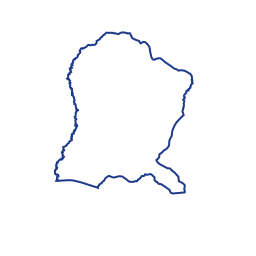 outline of Sameakki Mean Chey, Kâmpóng Chhnang, Cambodia, rotated 121°
{"feature_id": "14789045B48917657678011", "entity_name": "Sameakki Mean Chey", "entity_type": "district", "adm_level": 2, "iso_a3": "KHM", "parent_name": "Cambodia", "parent_adm1": "Kâmpóng Chhnang", "projection": "albers", "projection_center": [104.566, 11.892], "detail": "fine", "context": "isolated", "style": "outline", "palette": "blue", "viewbox_px": 256, "rotation_deg": 121, "n_neighbors": 0, "source": "geoboundaries", "source_scale": "gbopen_adm2", "svg_char_len": 5866}
<svg xmlns="http://www.w3.org/2000/svg" viewBox="0 0 256 256"><g transform="rotate(121 128 128)"><path d="M154.0,46.2L152.4,47.1L151.6,48.2L148.0,49.7L147.4,51.0L147.1,53.3L147.4,57.0L143.8,59.7L142.1,65.5L142.1,66.0L142.0,67.3L141.1,71.3L142.2,73.5L142.6,81.8L142.5,83.9L142.2,84.8L141.1,87.0L140.7,87.2L139.3,86.6L137.4,86.2L136.4,86.5L134.3,87.5L131.8,86.3L129.2,85.8L126.5,84.4L125.3,84.0L123.1,83.8L121.4,84.0L117.7,86.0L114.9,86.4L112.8,86.4L111.0,87.0L109.0,88.0L106.4,88.8L101.4,89.4L98.2,89.3L94.6,88.6L89.9,87.5L88.4,86.9L87.1,88.1L86.0,89.7L84.9,90.2L83.9,90.2L82.7,91.0L82.2,90.8L81.1,91.3L80.1,91.5L78.4,92.8L75.9,93.6L75.7,93.9L75.4,95.2L74.8,94.9L73.6,95.0L73.3,94.8L72.7,95.0L72.6,95.5L72.2,95.5L71.8,96.5L70.9,96.8L69.3,96.6L67.9,96.1L67.0,96.8L66.5,97.0L65.4,96.4L64.7,95.4L64.2,95.6L64.1,96.2L63.1,96.0L62.5,95.5L61.7,95.6L61.4,95.3L60.9,95.4L60.5,95.8L59.6,95.9L59.0,96.2L56.6,95.7L56.5,96.3L55.6,96.4L55.3,97.1L55.0,97.2L54.6,97.2L54.1,97.8L53.8,97.7L53.6,98.4L52.9,98.4L50.5,100.2L50.2,101.4L49.5,102.3L49.4,102.9L49.7,103.8L49.6,106.0L49.7,108.4L49.9,109.3L51.2,112.4L51.7,113.1L52.8,114.1L52.8,114.8L52.6,116.2L53.2,118.8L53.2,119.7L52.8,123.1L52.5,129.6L51.8,133.6L51.6,136.3L52.2,137.3L52.9,138.2L54.3,139.5L56.0,140.7L56.4,141.4L56.3,142.4L56.1,142.8L55.6,143.8L54.9,144.8L50.6,148.8L47.9,151.0L47.1,152.1L46.0,155.2L45.7,156.5L45.7,157.9L46.2,159.1L47.8,160.1L48.8,160.6L48.8,161.6L47.9,162.7L47.8,163.1L47.8,164.0L48.2,164.9L48.2,166.0L48.4,166.9L48.6,167.3L48.6,169.0L48.8,170.5L48.2,171.4L48.0,172.1L47.0,173.0L46.9,173.8L46.3,174.4L45.8,175.2L46.1,175.8L47.2,176.9L47.1,177.6L47.5,178.1L47.6,179.4L49.1,182.3L50.6,183.6L52.4,184.6L53.1,186.3L53.3,187.7L54.1,188.5L54.2,190.0L54.7,190.4L55.3,192.1L56.6,193.7L56.9,194.8L57.3,195.5L57.9,195.8L59.9,196.2L60.6,196.7L61.0,196.9L63.7,197.4L64.4,197.9L65.8,197.8L66.2,198.1L66.8,198.0L68.6,199.2L68.9,199.2L69.7,199.7L70.6,199.0L71.3,198.8L72.4,198.8L73.3,199.2L73.8,199.3L74.3,199.9L75.3,201.9L76.1,202.4L76.5,202.9L77.1,204.7L77.5,205.0L79.0,205.3L80.2,205.7L81.0,206.3L81.7,206.5L82.3,207.2L83.4,207.7L83.3,208.6L84.2,209.3L85.2,209.1L86.6,209.2L87.3,208.0L87.7,207.9L88.3,207.8L89.7,208.3L90.8,208.2L91.2,208.6L91.7,208.5L92.6,208.0L93.6,207.9L95.3,209.0L96.3,208.7L96.7,209.5L97.0,209.7L98.4,209.8L98.9,209.6L99.2,209.2L100.1,209.3L100.3,208.9L100.7,208.7L101.2,208.7L102.0,208.4L102.2,208.7L102.1,208.9L102.2,209.2L102.7,209.1L102.7,208.4L103.0,207.9L103.5,208.3L104.0,208.3L104.3,208.5L104.7,208.4L104.9,208.1L105.2,208.0L105.4,207.7L105.4,207.0L106.6,207.3L106.8,207.7L106.9,208.5L107.2,208.5L107.8,207.7L108.4,207.2L108.7,206.8L108.7,206.0L109.3,205.4L110.0,205.8L110.2,206.1L111.0,206.5L111.6,206.1L111.9,205.8L112.2,206.0L112.2,206.6L112.6,206.7L113.6,206.6L114.5,205.8L115.6,205.4L116.3,204.7L116.7,204.9L116.8,205.5L117.1,205.6L117.2,204.7L116.6,204.0L116.6,203.3L117.5,202.7L117.7,202.3L117.6,201.9L119.4,201.4L119.8,201.2L119.3,200.5L120.1,200.2L121.2,199.4L122.3,199.2L123.2,198.0L122.9,197.1L123.1,196.7L123.4,196.6L123.7,196.6L123.6,195.9L125.8,194.6L126.8,194.3L127.0,194.1L126.6,193.5L126.8,193.2L127.3,193.5L128.6,193.1L128.8,192.7L128.5,191.8L129.2,191.0L129.6,190.0L130.3,189.8L131.4,188.3L132.0,188.0L132.8,188.1L133.3,188.0L133.4,187.6L133.8,187.1L134.9,186.5L134.5,185.9L134.8,185.2L135.3,184.9L135.7,184.3L136.3,184.0L137.5,182.9L137.7,182.5L138.4,182.2L138.5,182.0L138.3,181.1L138.3,180.3L138.6,180.0L139.7,181.0L140.0,180.7L140.6,180.5L141.4,180.8L141.8,180.7L142.5,180.2L143.8,179.6L145.0,178.9L145.8,179.4L146.9,178.4L146.8,177.1L147.0,176.8L147.3,176.7L148.2,177.0L148.6,177.0L149.0,176.8L150.0,176.0L151.0,175.4L151.2,174.3L151.4,174.1L151.8,174.2L151.9,174.6L152.5,174.8L153.2,174.5L153.4,174.1L153.1,173.8L152.0,173.4L151.9,173.0L152.2,172.7L155.5,172.4L157.3,172.5L157.9,172.9L158.2,172.6L158.1,172.1L159.4,172.5L159.8,172.5L160.4,171.7L160.7,171.6L161.1,171.8L161.7,172.8L162.5,172.9L162.9,172.7L163.4,171.9L163.8,171.7L164.6,172.0L165.2,171.1L165.6,170.9L165.9,171.3L166.2,171.4L167.2,169.9L167.7,170.1L167.9,170.5L168.7,170.6L169.6,171.3L171.2,171.0L172.6,171.6L174.2,171.7L174.9,172.1L175.7,172.0L177.0,173.2L177.9,173.7L178.1,173.3L179.3,172.5L179.6,172.2L179.8,171.3L180.4,171.3L180.9,172.2L181.9,171.9L182.4,171.4L183.0,172.1L183.3,171.9L184.4,170.2L185.4,169.9L185.8,169.6L186.0,169.0L185.5,168.4L185.6,168.1L186.0,168.0L186.9,168.3L187.7,168.1L188.1,168.3L188.2,169.1L188.6,169.3L189.4,168.9L189.6,169.7L190.0,170.0L190.7,170.1L192.0,170.7L193.7,170.4L194.1,171.2L195.4,170.8L195.9,170.3L197.2,170.5L197.6,169.7L198.3,169.4L198.1,168.7L198.6,168.2L199.0,168.1L199.1,168.7L199.4,168.8L199.8,168.6L200.0,168.2L200.4,168.1L200.9,168.7L201.8,168.7L202.8,168.4L203.1,167.9L203.7,167.5L204.3,167.3L205.0,166.6L204.9,165.7L204.2,164.6L204.4,164.3L204.3,163.7L204.4,163.4L204.8,162.9L205.2,162.7L205.3,163.6L205.6,163.7L205.9,163.5L206.3,163.6L207.8,162.9L208.1,162.8L208.2,162.4L208.6,162.3L208.6,161.6L209.1,161.7L209.7,162.3L210.3,162.2L202.9,151.4L201.2,147.9L198.9,140.7L194.7,123.0L194.1,123.6L192.8,123.5L192.5,123.3L192.0,123.5L191.5,123.4L190.3,123.1L188.8,122.2L186.9,122.1L185.4,121.3L184.8,121.5L182.9,121.5L182.0,121.3L179.2,120.0L178.9,119.5L178.7,118.9L178.3,116.2L177.8,114.6L175.2,112.1L173.7,110.5L173.2,109.4L172.7,108.1L172.5,107.3L172.8,105.0L172.7,103.7L173.3,100.3L173.3,99.5L172.6,97.5L170.8,95.1L169.5,94.1L169.3,93.7L169.1,93.0L167.9,92.7L167.1,92.9L166.6,92.4L165.9,92.0L164.8,92.0L164.4,91.7L161.8,91.3L161.3,90.0L160.4,89.4L159.2,89.5L158.9,89.5L158.6,88.9L158.6,88.1L157.6,86.8L156.4,85.6L155.9,84.8L155.7,83.9L156.2,82.2L156.3,81.0L156.7,79.7L159.2,78.3L159.3,77.8L159.2,77.2L159.6,76.1L159.3,75.2L160.0,73.2L159.9,72.4L159.5,71.6L159.1,71.0L159.2,68.9L159.1,66.7L159.4,64.6L159.6,61.3L159.9,60.1L160.9,59.0L161.5,57.7L161.4,57.1L160.9,55.7L160.3,54.8L154.0,46.2Z" fill="none" stroke="#1e3a8a" stroke-width="2"/></g></svg>